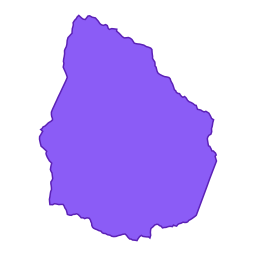 outline of Montanha, Espírito Santo, Brazil
{"feature_id": "56859067B76989812301886", "entity_name": "Montanha", "entity_type": "district", "adm_level": 2, "iso_a3": "BRA", "parent_name": "Brazil", "parent_adm1": "Espírito Santo", "projection": "robinson", "projection_center": [-40.286, -18.121], "detail": "fine", "context": "isolated", "style": "filled", "palette": "violet", "viewbox_px": 256, "rotation_deg": 0, "n_neighbors": 0, "source": "geoboundaries", "source_scale": "gbopen_adm2", "svg_char_len": 3367}
<svg xmlns="http://www.w3.org/2000/svg" viewBox="0 0 256 256"><path d="M150.7,48.1L148.5,47.2L146.3,46.6L143.8,45.1L139.7,44.1L137.4,43.9L135.8,43.6L134.3,43.2L132.0,39.6L130.4,38.3L128.4,37.5L125.8,37.8L124.2,37.9L122.2,36.6L120.2,34.4L118.9,33.1L116.6,31.2L116.8,29.2L111.7,28.6L109.4,29.4L108.3,28.5L107.3,25.6L105.7,24.6L103.2,25.4L101.2,24.7L99.7,23.4L98.3,21.2L95.4,17.9L92.1,17.2L89.7,15.8L88.0,16.0L85.3,19.5L83.3,19.2L81.7,18.1L78.8,15.4L77.3,16.8L76.2,18.7L74.7,20.2L73.1,22.7L73.3,24.9L72.9,26.7L72.3,28.6L72.1,31.5L72.0,33.3L70.9,34.4L69.6,35.9L68.0,37.6L67.2,40.4L66.9,44.2L66.3,46.7L65.1,49.0L64.5,50.7L64.6,53.8L64.2,56.6L63.7,59.0L63.4,61.5L63.9,63.2L63.6,65.1L63.2,67.1L64.0,69.0L65.2,71.6L66.2,74.0L67.3,77.2L66.7,78.8L65.9,80.7L63.5,85.8L62.5,87.9L61.2,90.7L59.8,93.7L59.1,95.1L57.9,97.6L56.7,100.3L55.0,103.9L54.3,105.5L52.7,108.9L51.4,112.1L51.4,114.6L51.7,116.5L52.4,118.2L52.5,119.9L51.1,121.2L48.4,122.8L46.6,124.6L45.1,126.0L43.0,127.0L42.1,128.6L40.7,129.5L42.7,131.3L40.8,134.7L39.6,136.6L39.5,139.2L40.0,141.6L40.5,143.9L41.1,146.2L42.7,147.5L44.3,149.0L45.6,150.2L46.7,151.3L46.0,153.2L46.3,154.8L47.4,157.4L49.4,160.8L50.5,161.9L51.7,163.1L51.2,165.2L50.8,166.9L50.4,169.5L51.0,171.2L52.0,173.0L52.3,175.5L52.7,178.6L52.0,180.4L50.9,181.9L50.9,183.9L51.2,185.6L51.4,187.2L51.5,189.6L50.7,191.5L50.4,193.1L49.9,196.8L49.4,199.3L49.6,202.0L49.9,204.6L52.7,204.7L54.5,203.7L56.4,204.0L58.9,204.6L60.9,204.4L63.0,204.4L64.1,205.9L64.8,207.8L66.2,209.9L66.9,212.2L67.4,214.4L69.4,215.1L71.3,215.3L73.1,214.4L74.9,214.3L76.4,213.8L78.0,214.4L80.0,216.3L81.2,217.8L83.3,217.8L84.6,218.6L87.0,217.8L89.3,218.3L90.4,220.0L90.9,221.7L91.6,223.2L91.8,225.4L92.6,227.2L93.6,228.2L95.2,229.0L97.1,229.7L98.8,230.6L100.9,231.1L102.3,232.8L103.7,233.4L105.4,233.5L107.5,234.7L110.1,235.2L111.9,236.3L113.8,236.6L116.1,236.4L118.5,235.5L120.5,235.1L122.7,234.3L125.1,234.0L126.5,235.3L128.0,237.3L129.7,239.0L131.1,239.1L132.5,240.0L134.9,240.2L137.0,240.6L138.2,238.5L139.6,236.6L141.3,235.4L142.9,236.4L145.0,236.7L146.9,236.9L148.6,236.9L149.9,238.0L150.7,235.3L150.4,232.8L150.5,230.9L150.9,228.5L153.2,226.6L154.7,225.0L156.7,224.3L158.1,224.4L159.5,225.6L161.1,226.2L162.5,227.9L164.2,227.5L166.0,227.4L168.2,226.6L170.0,226.3L172.5,226.6L173.4,225.1L174.8,225.7L176.6,226.1L177.8,224.5L179.1,223.7L180.9,223.3L183.0,222.2L184.9,222.5L186.4,222.4L187.7,221.8L188.8,220.4L190.5,219.5L191.9,218.6L193.6,217.4L195.2,216.2L196.3,215.2L206.8,186.8L209.9,178.2L216.5,161.0L215.8,158.8L215.1,156.2L216.2,155.0L215.5,153.1L214.4,152.1L213.4,151.0L211.9,150.9L211.1,148.9L209.8,146.4L208.5,145.8L208.1,143.8L207.7,141.4L207.3,138.7L207.8,137.0L208.9,135.3L210.9,134.2L211.7,131.8L211.5,128.6L212.2,126.4L212.5,124.6L212.8,122.6L213.6,119.7L211.6,118.5L210.4,115.9L208.9,113.2L207.2,112.1L205.9,111.3L204.1,111.9L202.3,111.1L200.9,110.1L199.0,109.6L197.5,109.3L196.9,107.6L196.2,105.4L194.8,105.1L192.9,103.5L190.9,102.4L189.2,101.8L187.5,100.3L186.2,98.0L184.6,96.5L182.9,97.3L181.6,96.5L180.3,94.9L179.5,93.6L177.9,93.4L176.4,92.4L175.7,90.8L174.4,89.7L173.3,86.2L172.6,84.2L170.9,81.1L170.1,78.7L168.9,77.5L167.0,77.0L164.5,76.6L162.1,75.6L159.4,74.2L157.8,72.8L157.0,71.0L156.5,69.0L156.1,67.2L155.0,65.9L155.0,63.8L154.8,62.0L153.6,60.2L152.5,58.3L152.6,56.6L152.1,52.8L151.9,49.5L150.7,48.1Z" fill="#8b5cf6" stroke="#5b21b6" stroke-width="1.5"/></svg>